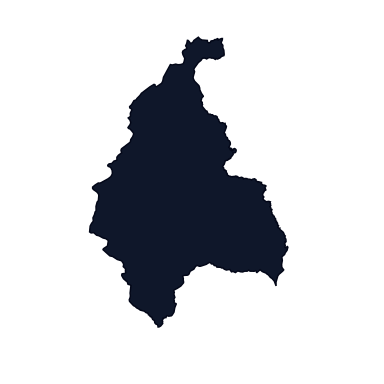 Chai Prakan, Chiang Mai, Thailand (Robinson projection), rotated 54°
{"feature_id": "78962969B89522640668309", "entity_name": "Chai Prakan", "entity_type": "district", "adm_level": 2, "iso_a3": "THA", "parent_name": "Thailand", "parent_adm1": "Chiang Mai", "projection": "robinson", "projection_center": [99.191, 19.697], "detail": "fine", "context": "isolated", "style": "filled", "palette": "ink", "viewbox_px": 384, "rotation_deg": 54, "n_neighbors": 0, "source": "geoboundaries", "source_scale": "gbopen_adm2", "svg_char_len": 6046}
<svg xmlns="http://www.w3.org/2000/svg" viewBox="0 0 384 384"><g transform="rotate(54 192 192)"><path d="M317.4,179.2L314.3,177.0L310.3,171.9L309.7,170.0L309.3,165.1L308.9,163.6L306.1,163.6L305.2,163.3L303.2,162.0L300.4,159.1L297.5,157.6L297.2,156.8L297.0,153.9L296.0,152.3L295.0,149.3L293.0,146.9L292.2,146.9L292.0,149.1L291.2,149.3L289.9,147.8L288.4,147.7L287.7,146.2L287.1,146.1L287.5,145.4L287.2,144.9L286.7,144.9L286.3,144.3L285.0,143.7L283.9,143.9L283.4,143.4L282.9,143.4L282.4,142.4L281.1,142.6L279.3,142.0L278.0,141.9L273.9,142.9L272.9,142.2L272.8,142.6L271.2,143.4L270.8,143.3L270.2,141.9L269.5,142.3L269.3,141.9L268.8,141.9L267.2,141.1L266.0,141.7L265.4,140.8L263.9,141.3L263.1,140.2L261.5,140.3L259.7,139.8L258.6,140.5L258.0,140.0L257.0,140.3L255.6,139.4L254.3,139.3L253.1,137.6L252.0,138.1L250.6,137.4L249.7,137.6L249.2,136.2L248.0,135.8L247.5,135.3L246.5,135.2L246.0,134.4L244.7,135.4L243.4,137.8L239.8,138.8L238.5,137.8L238.4,137.0L237.9,136.7L236.9,137.0L235.3,136.1L234.7,135.3L234.6,134.4L233.6,133.7L233.9,133.2L233.6,132.3L233.8,131.2L233.4,130.9L232.8,131.0L232.3,130.6L231.7,130.8L231.2,130.5L231.0,129.2L230.5,128.6L229.4,129.1L227.7,130.8L227.0,130.7L225.7,131.2L225.1,130.2L222.7,132.2L222.5,132.8L220.5,133.6L219.6,133.0L218.0,133.7L217.2,135.7L217.3,136.7L215.8,137.6L214.2,139.5L213.5,139.6L212.1,141.3L211.7,142.8L210.8,142.4L209.3,143.1L208.0,145.9L206.3,146.0L206.1,146.8L205.4,146.7L205.1,147.5L204.5,147.7L204.7,148.5L203.8,149.3L203.6,150.3L203.0,150.5L202.7,151.5L201.6,151.9L201.3,152.5L198.9,153.4L197.7,152.7L195.9,152.7L195.2,151.9L193.5,152.4L193.5,153.0L192.8,153.1L191.1,152.2L189.5,152.5L188.9,150.8L188.4,150.4L188.6,150.1L188.4,149.5L186.3,146.7L187.2,144.4L186.9,142.6L187.4,142.2L187.2,141.7L187.4,140.9L186.8,140.5L186.8,139.8L186.3,138.8L186.4,138.2L185.7,136.5L184.5,135.9L185.4,134.4L185.5,133.5L184.9,132.4L184.0,131.6L182.8,131.6L181.8,132.1L181.5,133.5L182.2,133.9L182.3,135.5L181.5,135.5L180.6,134.7L179.9,134.7L179.7,135.0L180.2,136.1L179.3,135.9L179.0,135.2L178.4,135.8L177.6,136.0L175.8,132.8L174.2,131.9L172.6,131.7L171.6,132.2L170.6,132.2L168.8,131.5L167.5,132.1L165.3,131.5L164.9,131.0L163.2,131.4L160.1,126.6L159.7,126.6L159.4,125.8L158.9,125.5L158.2,125.9L158.1,125.6L157.3,125.6L155.9,124.9L155.4,125.9L154.0,126.4L152.8,128.5L151.4,128.6L150.1,128.5L149.6,128.0L147.0,128.1L146.3,127.5L145.3,127.6L144.3,128.2L143.3,129.6L141.6,130.0L140.8,131.1L139.9,131.4L138.5,133.1L135.3,132.4L134.4,133.1L128.7,133.4L128.1,133.1L127.4,132.0L126.3,131.7L125.5,131.0L123.8,131.4L121.6,128.7L121.3,126.7L121.0,126.5L117.7,126.4L113.9,125.6L112.3,124.6L110.0,123.9L103.9,124.8L101.4,124.4L99.8,123.7L96.2,119.2L93.8,118.5L93.1,117.2L91.0,110.8L90.8,107.3L89.9,105.0L91.2,102.9L93.0,101.9L93.0,100.4L93.7,98.5L95.2,97.5L96.3,96.0L98.4,95.2L98.1,94.1L99.1,93.6L99.6,92.8L99.5,91.9L100.0,90.9L99.7,88.3L100.4,86.0L99.6,85.1L96.0,82.9L93.6,82.4L91.4,80.8L89.4,80.9L88.2,80.5L86.7,78.0L85.7,77.2L85.1,78.1L84.4,81.5L83.2,81.0L82.8,81.4L82.9,82.8L82.1,83.9L82.1,85.7L81.0,87.8L81.8,89.4L81.0,90.9L79.9,91.3L78.4,90.5L74.9,94.6L72.8,95.6L70.5,95.9L70.5,101.4L71.3,103.1L71.3,105.8L67.9,105.9L66.8,106.2L66.6,106.6L68.7,108.9L70.0,111.2L72.4,111.5L73.0,112.4L72.6,113.9L72.6,116.6L73.6,117.8L75.6,118.6L79.6,119.3L81.6,121.4L82.7,123.0L83.0,124.2L82.0,126.7L80.7,128.6L79.0,130.0L77.6,133.4L76.2,134.6L82.4,147.6L85.1,150.5L86.2,152.7L86.0,158.6L85.3,159.3L84.4,159.4L83.4,158.9L82.6,159.5L82.2,164.1L82.4,174.9L83.3,177.4L84.0,181.6L84.6,183.0L84.0,185.3L85.9,189.6L86.2,192.2L87.3,192.9L89.7,192.1L90.3,192.5L92.0,195.6L94.5,197.2L94.7,197.6L94.6,200.1L97.4,199.9L99.8,200.7L101.0,202.3L102.2,205.9L103.2,206.0L104.8,205.0L109.2,204.7L110.2,204.8L111.0,205.4L112.4,207.5L113.5,210.6L115.1,212.3L115.4,213.0L115.6,223.3L115.8,224.0L116.6,225.0L119.0,226.0L119.0,229.9L119.7,232.3L121.9,233.9L122.0,234.5L121.1,237.0L121.8,240.1L120.5,242.6L120.7,244.2L121.2,244.7L122.1,244.7L123.3,243.8L124.8,243.4L127.6,243.9L130.2,245.5L131.0,246.7L131.9,248.7L132.0,252.1L131.0,260.1L130.7,261.2L129.6,262.6L129.4,266.3L129.6,269.5L130.7,270.3L132.1,270.3L135.8,269.0L138.0,268.8L139.5,269.1L140.8,270.1L143.9,272.8L144.4,274.7L147.2,278.1L150.8,280.6L151.2,282.1L152.9,284.1L154.7,287.3L157.6,289.0L158.3,291.6L159.7,294.4L164.1,298.3L165.8,297.7L167.1,295.4L170.8,294.6L172.9,292.9L176.9,291.0L179.2,289.1L181.7,288.3L182.7,288.8L186.0,292.1L185.8,297.0L186.4,297.9L195.4,296.0L197.5,294.1L202.7,292.1L206.3,289.4L209.2,289.5L210.5,289.9L212.0,291.5L215.0,290.9L216.9,292.4L218.2,292.9L218.4,293.3L218.3,294.3L217.1,296.7L217.9,297.7L218.6,298.0L221.9,298.4L225.4,297.6L226.2,297.1L229.1,298.0L230.6,296.7L231.8,296.4L237.4,301.5L239.5,302.7L240.8,303.8L242.3,306.1L243.8,306.8L249.6,306.1L251.0,305.3L253.2,304.9L255.4,303.8L257.1,303.3L260.4,300.6L262.5,300.1L264.3,298.9L265.7,299.4L266.4,299.0L268.5,298.9L269.2,298.1L272.0,298.7L274.0,298.0L275.8,298.9L276.6,299.0L277.7,298.8L279.2,297.8L281.3,298.8L281.8,297.9L282.0,296.1L281.2,293.0L280.3,292.7L279.7,291.9L278.4,291.7L278.1,290.6L277.0,289.8L277.0,289.5L277.6,289.1L277.6,287.8L278.3,287.0L277.6,285.8L277.4,284.8L278.8,283.8L280.0,281.5L279.9,280.4L278.6,277.2L275.5,274.0L273.4,270.7L272.9,270.5L271.5,271.4L270.7,271.4L269.7,270.3L268.0,269.7L267.2,267.8L263.9,266.7L262.8,265.3L261.0,264.8L260.8,263.9L261.3,260.4L261.5,256.3L260.5,252.3L259.9,251.7L258.0,250.8L256.8,249.8L254.6,249.1L254.8,247.4L256.5,244.8L256.8,243.6L256.6,242.7L255.0,240.1L255.5,235.9L254.3,233.0L254.3,231.1L256.4,229.7L257.1,228.6L258.9,223.0L259.1,219.8L259.7,218.9L260.2,218.6L261.6,218.6L262.5,217.3L264.6,217.2L265.7,215.9L267.4,216.0L269.7,213.2L271.1,212.5L271.6,211.6L273.3,211.3L275.3,210.1L276.8,207.0L279.8,207.0L280.4,205.5L282.7,204.2L282.7,201.4L285.3,199.4L286.5,197.9L287.0,196.0L288.5,193.9L288.6,192.0L290.1,191.6L290.6,191.0L292.7,188.2L293.1,186.7L293.6,186.5L294.9,187.0L295.3,186.8L294.9,182.6L297.7,181.9L301.1,179.8L302.7,179.5L304.0,178.9L307.1,178.8L309.0,178.1L312.4,177.8L317.4,179.2Z" fill="#0f172a" stroke="#020617" stroke-width="1.5"/></g></svg>